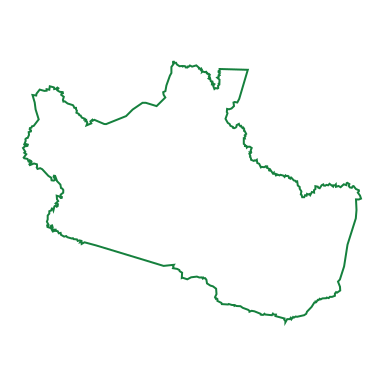 Phayakkhaphum Phisai, Maha Sarakham, Thailand
{"feature_id": "78962969B19409562021129", "entity_name": "Phayakkhaphum Phisai", "entity_type": "district", "adm_level": 2, "iso_a3": "THA", "parent_name": "Thailand", "parent_adm1": "Maha Sarakham", "projection": "natural_earth1", "projection_center": [103.233, 15.531], "detail": "fine", "context": "isolated", "style": "outline", "palette": "green", "viewbox_px": 384, "rotation_deg": 0, "n_neighbors": 0, "source": "geoboundaries", "source_scale": "gbopen_adm2", "svg_char_len": 5856}
<svg xmlns="http://www.w3.org/2000/svg" viewBox="0 0 384 384"><path d="M340.2,290.5L340.0,286.8L338.0,281.6L339.9,279.5L344.1,266.4L347.5,244.7L355.8,218.4L356.5,210.0L356.0,199.4L358.8,199.5L361.0,198.6L360.0,195.6L357.8,192.6L358.9,191.2L358.9,190.3L355.9,189.0L353.6,186.1L352.7,186.3L351.8,187.8L349.8,187.4L348.8,186.0L349.4,184.1L347.3,182.8L346.7,183.1L346.3,185.1L343.8,184.3L340.6,187.2L338.5,186.0L336.0,186.8L335.8,184.4L334.8,185.5L333.2,185.3L333.0,186.5L329.5,183.8L328.2,185.3L326.4,184.9L325.2,185.7L323.9,185.6L323.3,184.4L321.7,185.2L319.7,188.2L318.3,187.7L317.8,186.7L315.4,186.2L315.4,189.1L314.0,190.2L314.1,192.6L311.9,192.0L310.2,195.2L309.3,194.0L308.2,194.5L307.0,193.9L306.5,195.7L305.1,195.2L304.2,197.2L302.2,197.2L301.7,195.1L300.8,194.5L301.4,191.4L299.7,188.7L299.7,187.0L297.8,185.5L297.2,181.4L296.1,181.8L295.6,180.9L293.8,180.4L291.2,177.5L290.6,177.6L290.3,178.6L289.0,178.0L288.6,176.4L287.9,175.9L286.3,176.0L285.5,175.4L284.6,176.9L283.3,175.6L280.4,174.8L279.5,175.4L277.1,174.4L276.9,175.1L275.9,175.4L275.4,173.8L273.9,173.8L273.8,172.7L272.9,173.5L270.3,169.7L269.7,170.6L269.1,170.4L269.2,168.9L267.3,167.9L267.2,166.8L266.5,167.3L265.9,166.2L264.1,167.2L261.7,166.9L260.9,167.4L259.2,163.8L257.3,163.0L256.8,159.8L255.8,160.6L254.9,160.3L253.8,160.9L251.1,159.8L250.9,158.2L250.0,156.8L250.4,156.1L249.4,153.8L250.5,153.2L249.8,152.2L251.1,152.0L250.7,150.4L251.7,148.0L249.8,146.7L247.7,146.8L246.8,147.6L246.4,146.0L245.0,146.0L245.1,145.0L243.8,143.9L243.8,138.3L244.8,138.4L244.5,137.5L245.5,136.0L244.8,135.2L246.2,133.9L244.7,131.0L244.0,130.8L244.2,129.0L243.3,127.6L242.5,128.1L241.1,125.9L240.4,126.3L239.3,125.1L238.9,123.9L236.7,125.1L236.4,126.8L235.6,127.6L234.1,128.2L233.0,127.8L232.9,126.9L230.4,125.8L229.6,124.0L227.8,122.9L225.5,118.8L227.5,113.2L226.8,112.0L227.1,108.9L229.0,109.3L231.5,108.5L234.0,106.1L233.5,102.5L234.7,102.0L237.3,102.5L239.2,98.9L247.8,69.8L219.6,69.0L219.7,70.3L218.9,70.9L219.7,71.8L218.7,72.2L219.7,73.5L219.2,74.4L219.6,75.1L218.6,75.4L218.8,76.8L217.2,77.6L219.5,79.6L219.4,83.3L218.8,83.6L219.3,84.6L218.1,85.6L218.2,88.1L217.5,88.5L215.6,88.1L214.4,89.0L213.2,85.8L214.4,84.2L213.1,83.5L213.0,84.4L211.9,84.4L212.0,82.8L212.7,82.7L212.4,81.5L210.8,81.3L210.0,78.0L209.1,78.8L208.6,78.5L209.4,77.7L208.9,76.3L209.8,74.8L208.9,73.9L208.0,74.1L207.3,73.0L206.7,73.2L206.2,71.8L204.3,72.1L202.9,71.4L202.2,71.9L202.4,71.2L201.6,70.8L201.8,69.8L201.1,69.9L201.0,68.7L200.2,69.2L199.5,68.2L198.9,68.4L198.8,67.6L196.3,65.4L192.1,66.6L189.9,65.5L188.7,66.7L188.0,66.5L187.4,67.5L185.7,67.4L185.5,66.4L183.8,66.0L182.7,66.5L182.3,66.0L179.5,66.2L176.8,64.4L176.1,62.8L174.6,62.8L173.9,61.7L173.1,61.8L173.0,63.0L173.6,63.9L171.4,67.0L171.4,73.0L169.9,75.7L166.4,85.5L165.4,91.1L163.2,92.2L163.6,94.7L165.3,97.5L156.6,106.1L145.8,102.8L142.5,102.8L132.7,109.5L126.1,116.1L106.1,124.1L104.2,124.0L94.3,119.8L92.7,120.7L92.3,119.8L90.4,121.4L91.3,123.4L86.5,125.4L87.3,123.1L86.8,121.4L85.5,121.3L86.0,119.8L84.4,119.7L84.7,118.7L81.8,117.6L80.6,115.5L79.3,115.2L78.8,113.9L76.4,112.7L76.9,110.7L76.1,109.5L76.0,107.9L74.4,107.9L73.2,105.4L72.4,105.0L67.6,103.5L64.7,101.3L63.4,101.6L62.9,99.9L63.8,96.8L61.2,94.8L61.6,93.5L62.9,93.2L62.7,92.1L59.7,91.8L57.4,90.4L57.1,90.0L58.4,88.3L57.4,87.6L56.2,88.7L54.2,89.1L54.1,87.6L53.7,87.3L49.8,86.3L49.3,89.7L46.6,89.2L46.6,90.7L44.4,90.9L39.7,89.6L36.5,93.7L36.2,95.5L32.5,95.0L34.7,102.5L35.6,109.4L38.7,119.4L33.7,125.9L32.0,126.3L31.4,127.7L29.9,128.1L29.7,129.4L31.0,130.4L30.9,131.4L28.7,132.1L29.0,134.9L27.7,137.9L26.5,138.1L25.4,139.2L25.7,140.9L24.2,144.5L25.5,145.5L25.6,144.5L26.2,144.1L27.8,144.6L27.4,145.9L25.1,146.2L23.0,148.0L25.3,151.8L24.3,152.8L26.3,154.2L23.7,157.6L24.3,158.3L27.5,158.9L28.6,161.6L29.1,161.7L29.8,160.3L31.2,161.1L31.6,161.9L29.4,164.3L29.9,165.1L34.0,163.5L36.9,164.3L37.1,166.2L36.7,167.4L37.5,168.9L40.2,168.2L42.2,169.2L48.4,175.9L51.2,177.7L51.6,180.3L53.8,180.6L54.9,180.0L55.1,179.3L53.6,176.7L54.0,175.7L55.1,175.9L57.1,181.2L60.4,184.6L61.0,188.0L62.3,188.6L63.3,190.0L63.2,192.7L60.7,194.6L60.5,196.1L61.9,197.0L61.7,197.9L60.8,198.0L59.4,196.5L56.7,195.7L57.0,199.2L58.2,201.1L55.8,203.3L57.9,204.2L57.6,206.2L56.7,206.7L55.6,205.5L54.4,206.4L53.4,210.4L52.8,208.7L51.9,208.5L51.1,210.5L49.3,211.2L49.3,213.6L47.7,215.5L47.7,219.4L46.9,221.7L48.6,225.0L48.3,225.5L47.2,225.5L47.5,227.0L50.3,227.9L51.1,225.7L52.1,225.4L52.7,227.5L51.6,229.3L52.8,231.5L53.9,231.1L53.8,229.7L55.7,229.7L55.8,230.9L57.7,231.2L58.8,233.3L60.6,232.9L61.0,234.8L64.1,236.6L66.2,236.1L67.3,237.2L71.8,238.5L72.9,238.2L73.5,239.1L76.9,239.4L77.7,240.9L79.4,240.4L81.1,240.8L80.2,242.3L81.6,242.0L81.7,243.9L84.5,242.3L96.0,245.4L163.6,265.9L173.9,264.8L173.1,266.1L173.5,267.0L173.0,268.2L177.1,268.9L179.3,270.0L179.7,271.2L182.1,272.7L181.8,278.0L182.5,277.7L187.3,279.3L191.1,277.3L196.9,276.6L199.3,277.5L201.8,277.4L202.7,278.5L203.3,277.6L204.2,278.3L205.2,278.2L206.4,279.8L207.0,283.4L210.4,285.6L212.9,286.3L216.1,288.7L216.5,294.1L215.0,297.2L215.9,298.8L216.5,298.4L217.4,299.1L217.4,300.9L221.4,302.9L221.8,304.1L228.1,304.5L228.7,304.0L232.0,305.0L234.1,305.0L234.4,305.8L235.2,305.3L236.4,306.0L240.5,306.2L242.7,307.8L248.1,309.8L249.4,310.8L249.5,311.7L251.6,310.8L254.4,311.3L260.6,313.8L260.7,314.6L261.3,314.8L263.1,314.9L264.5,313.8L265.0,314.5L271.9,315.2L272.9,313.7L273.5,314.5L275.9,314.6L275.5,316.1L284.5,318.5L284.2,319.6L285.4,321.1L285.4,322.3L287.2,319.1L289.8,319.1L290.7,317.9L291.4,319.3L293.1,317.0L293.9,317.6L295.7,316.5L297.0,316.8L304.1,315.2L306.2,313.8L307.0,311.7L311.6,306.9L314.3,302.6L315.3,302.5L315.5,301.6L316.3,302.0L317.8,299.9L318.6,300.1L319.7,298.8L320.7,299.4L322.4,298.4L326.2,298.2L326.7,297.6L328.7,298.1L329.9,296.8L331.9,296.9L334.9,295.8L334.9,293.6L336.1,292.1L337.0,292.7L340.2,290.5Z" fill="none" stroke="#15803d" stroke-width="2"/></svg>